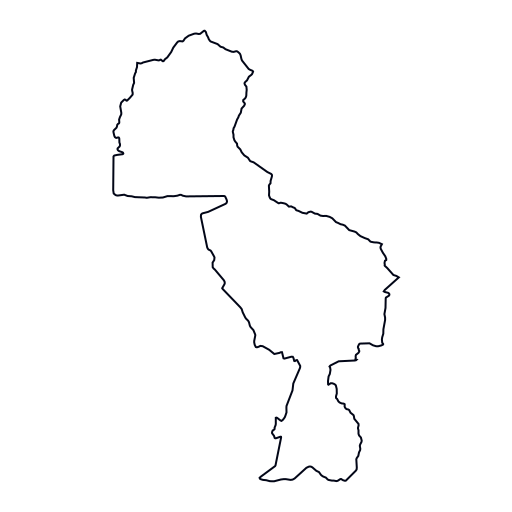 outline of Midlands
{"feature_id": "ZWE-527", "entity_name": "Midlands", "entity_type": "Province", "adm_level": 1, "iso_a3": "ZWE", "parent_name": "Zimbabwe", "parent_adm1": "", "projection": "robinson", "projection_center": [29.518, -19.087], "detail": "fine", "context": "isolated", "style": "outline", "palette": "ink", "viewbox_px": 512, "rotation_deg": 0, "n_neighbors": 0, "source": "natural_earth", "source_scale": "10m", "svg_char_len": 6044}
<svg xmlns="http://www.w3.org/2000/svg" viewBox="0 0 512 512"><path d="M349.2,230.1L354.6,231.6L356.3,232.4L357.9,234.1L360.4,236.1L364.8,238.1L368.2,239.3L370.3,241.5L371.0,241.8L374.1,242.4L376.8,242.5L378.9,242.8L381.9,244.2L380.6,246.6L380.5,247.8L380.8,248.9L382.9,252.8L385.3,256.3L386.3,259.0L386.2,260.1L385.0,260.7L384.6,262.4L384.5,263.1L384.8,264.3L384.6,265.2L384.8,265.8L387.2,268.0L393.4,275.0L396.3,275.9L398.8,277.4L384.8,289.9L383.8,291.4L384.9,292.0L388.0,292.8L388.7,293.2L389.3,294.0L389.4,294.8L388.9,295.7L385.9,297.6L385.7,298.6L385.5,308.0L384.4,314.1L385.1,317.6L385.1,320.0L383.4,329.3L383.3,333.7L382.2,337.3L381.9,339.5L382.2,342.7L383.0,343.7L383.2,344.1L383.0,344.6L381.4,345.4L378.5,346.2L377.2,346.3L376.0,346.2L373.0,345.3L369.5,343.3L360.0,343.6L359.1,344.2L358.0,346.5L357.9,347.1L358.2,348.2L358.7,348.8L358.7,349.8L359.3,351.0L359.2,351.6L358.4,352.9L356.0,354.8L355.8,355.3L355.6,356.9L355.8,357.7L355.4,359.4L356.6,359.7L356.1,360.2L354.9,360.5L338.7,361.3L330.6,365.4L329.9,366.0L329.5,366.6L330.1,367.4L330.5,369.9L329.8,374.0L328.6,376.4L328.0,381.1L328.1,384.4L328.4,384.7L329.0,384.4L330.8,383.2L332.4,383.3L334.0,383.9L335.4,384.8L335.9,385.6L336.7,388.9L336.8,393.5L336.0,396.3L336.0,397.6L336.2,398.2L337.1,398.9L338.4,401.4L339.6,402.5L341.6,403.4L343.5,403.6L344.5,404.0L344.7,404.5L344.6,406.4L345.0,407.5L345.7,408.4L346.5,409.1L348.3,409.5L349.2,410.1L350.5,412.7L353.5,415.1L353.9,416.2L354.3,418.8L358.5,423.9L358.6,425.4L358.0,427.7L358.0,428.5L358.5,430.3L358.5,433.8L359.1,435.5L360.9,437.5L361.7,440.6L361.5,441.9L360.2,444.4L359.8,445.8L360.3,448.8L360.1,450.2L359.0,452.4L358.3,455.9L356.8,458.0L356.3,459.2L356.8,467.6L356.6,469.5L355.8,470.7L345.9,480.6L345.0,480.8L343.0,480.2L341.1,479.0L340.3,479.1L337.7,480.8L336.4,481.1L333.8,480.6L331.9,480.6L328.4,479.9L327.5,479.3L325.9,477.6L323.1,476.5L321.9,475.7L320.9,474.8L319.0,472.1L316.3,470.8L312.3,467.3L310.9,466.6L309.7,466.5L308.7,466.7L306.4,467.8L294.6,478.5L292.6,479.6L290.6,479.9L285.6,479.1L284.0,479.1L280.9,479.5L274.0,481.3L269.9,481.2L266.2,480.2L263.0,479.9L261.0,479.3L259.9,478.7L259.6,477.8L260.9,476.6L275.1,466.1L275.5,465.4L281.1,437.5L281.0,436.8L280.4,436.7L276.2,438.2L275.3,438.3L274.7,438.0L274.0,435.8L272.1,433.3L272.0,432.7L272.2,431.7L272.7,430.5L274.0,429.7L274.6,429.0L274.6,427.6L275.6,425.1L275.8,423.9L275.8,417.8L276.4,417.6L277.2,417.9L280.5,420.5L281.5,420.9L283.0,419.7L284.7,417.4L285.4,415.7L286.5,412.4L286.4,407.7L286.5,406.0L292.5,390.4L293.3,383.5L299.9,368.2L300.2,367.0L300.2,365.9L297.1,360.1L296.3,360.1L294.9,361.1L294.2,360.9L293.5,358.1L292.8,356.8L291.4,356.7L284.4,358.6L283.5,358.3L282.0,352.2L280.9,352.2L279.4,352.9L274.3,354.0L269.2,349.8L262.7,346.2L260.3,345.9L258.6,346.8L256.9,347.3L255.8,347.0L254.7,344.8L254.2,342.4L254.2,341.0L255.3,335.4L255.2,334.5L253.4,330.1L250.7,327.2L249.9,325.8L249.0,322.3L248.2,320.8L245.9,318.5L245.1,317.2L242.7,312.3L241.7,309.1L240.3,307.3L222.7,289.0L222.2,288.2L224.4,284.3L224.7,283.5L224.7,282.1L224.4,281.3L223.8,280.2L214.8,269.5L213.6,268.5L212.7,267.2L212.6,262.6L214.2,260.1L214.5,257.5L214.1,256.5L211.2,251.3L210.5,250.5L208.6,249.6L207.8,248.7L207.2,247.4L200.9,216.9L201.0,214.8L201.7,213.8L202.7,213.3L208.1,211.9L225.6,203.8L226.5,203.0L227.0,201.7L226.9,200.7L226.5,199.4L225.2,196.6L224.5,196.1L223.5,196.0L186.1,196.4L182.8,195.7L181.2,194.9L180.0,194.8L177.3,195.7L173.8,196.2L167.5,196.1L162.9,197.5L158.8,197.7L155.5,197.3L150.3,197.2L146.8,197.8L144.9,197.5L134.9,197.1L131.7,196.3L127.6,196.0L124.2,194.7L118.3,195.5L117.0,195.5L115.6,195.1L113.7,193.5L113.2,190.2L113.5,156.5L113.9,155.9L114.4,155.5L117.2,154.9L122.6,154.2L123.1,153.9L123.3,153.6L123.0,152.7L122.5,152.3L119.1,151.1L118.0,150.3L117.6,149.6L117.5,148.9L117.7,148.3L119.6,146.5L120.0,145.4L120.0,144.1L119.4,142.5L119.3,138.8L119.1,138.0L118.7,137.5L118.1,137.4L116.6,137.9L115.9,137.8L114.9,137.1L114.3,135.8L113.5,132.4L113.4,131.2L114.1,130.0L116.4,127.8L116.9,126.7L117.3,124.7L118.0,123.9L118.9,123.4L119.2,122.9L119.3,122.2L119.1,119.6L119.9,117.2L121.2,114.5L121.3,113.7L121.3,112.7L120.2,106.4L121.2,102.6L123.8,100.0L124.7,99.5L125.6,99.8L126.4,100.6L126.8,100.7L127.2,100.5L129.8,97.9L132.6,94.6L132.7,93.0L132.1,90.4L132.1,89.5L133.2,84.9L134.1,82.9L133.7,77.9L135.1,73.4L135.9,72.0L135.9,70.5L137.0,67.1L137.2,62.9L140.5,63.5L141.8,63.2L143.0,62.5L153.2,59.9L154.8,59.7L158.6,60.4L159.2,60.3L160.4,59.7L160.9,59.7L162.7,61.2L163.3,61.2L163.7,61.0L165.0,59.2L167.3,57.4L171.2,52.0L173.3,47.6L177.2,42.4L178.2,41.5L179.6,41.1L182.6,41.4L183.5,40.7L185.0,38.4L188.7,35.7L194.2,33.7L196.0,33.5L198.8,34.0L200.2,33.8L203.8,30.9L204.3,30.7L204.8,30.8L205.9,32.1L206.7,34.9L208.1,37.3L208.7,39.0L209.9,40.8L210.7,41.5L217.6,44.1L220.5,46.7L223.3,47.5L225.5,49.2L231.8,51.7L233.6,51.9L236.2,51.2L237.0,51.3L238.2,52.1L239.9,53.7L240.6,55.3L241.4,58.9L242.0,60.5L248.7,69.0L250.3,69.9L252.1,70.6L252.8,71.1L253.1,71.6L252.1,74.0L251.4,74.8L248.9,76.7L247.0,80.4L245.4,81.8L244.7,82.7L244.5,83.3L244.9,84.7L246.4,86.6L246.7,89.8L246.4,92.7L246.3,95.5L246.0,96.8L245.2,98.3L243.2,100.1L243.2,101.5L244.7,103.3L244.9,104.0L244.2,105.7L241.6,108.5L240.8,112.7L238.9,115.6L238.3,117.4L237.1,119.5L234.5,126.7L233.6,128.2L233.3,130.0L232.9,131.0L232.8,131.8L233.5,134.7L233.5,137.3L234.4,140.2L235.2,141.5L237.0,143.6L237.2,145.6L237.6,146.7L240.3,149.4L241.7,152.3L244.3,155.4L247.9,157.7L250.1,161.0L250.9,161.4L253.6,162.3L267.3,172.0L271.1,173.9L271.7,174.5L272.0,175.1L271.9,176.5L270.6,180.9L270.5,183.3L269.3,184.7L268.9,185.7L269.2,191.7L269.0,195.3L269.6,197.1L270.3,198.5L271.0,199.1L273.9,200.2L277.8,202.8L278.8,203.3L280.8,202.7L283.9,203.3L285.6,203.8L286.8,204.6L288.9,206.6L291.2,206.4L293.4,207.5L294.3,207.8L295.1,208.4L295.9,209.8L296.5,210.3L298.5,210.9L302.4,212.8L306.7,213.6L308.4,212.2L310.7,211.6L311.6,211.8L314.9,213.6L317.5,213.9L320.4,215.6L323.0,216.0L326.2,215.9L329.7,216.9L332.3,218.3L336.0,222.1L338.2,223.0L340.5,224.2L342.8,224.7L344.9,225.6L349.2,230.1Z" fill="none" stroke="#020617" stroke-width="2"/></svg>